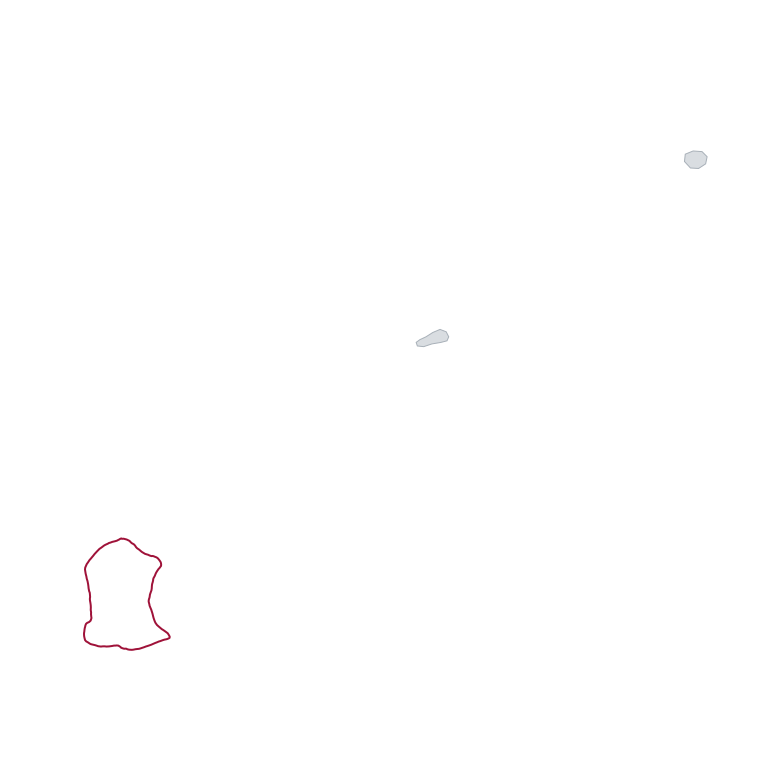 Faadhippolhu, Maldives (highlighted), rotated 230°
{"feature_id": "70690204B52357859866053", "entity_name": "Faadhippolhu", "entity_type": "district", "adm_level": 2, "iso_a3": "MDV", "parent_name": "Maldives", "parent_adm1": "", "projection": "orthographic", "projection_center": [73.502, 5.401], "detail": "fine", "context": "in_parent", "style": "outline", "palette": "rose", "viewbox_px": 768, "rotation_deg": 230, "n_neighbors": 0, "source": "geoboundaries", "source_scale": "gbopen_adm2", "svg_char_len": 2764}
<svg xmlns="http://www.w3.org/2000/svg" viewBox="0 0 768 768"><g transform="rotate(230 384 384)"><path d="M389.8,462.0L384.0,465.2L378.5,463.9L376.6,460.0L379.4,454.1L383.9,446.5L387.1,438.4L391.7,434.0L395.2,435.4L394.9,440.0L393.2,446.3L392.1,454.5L389.8,462.0ZM357.6,777.0L350.4,777.6L345.9,771.9L346.9,763.5L352.5,757.6L361.3,757.2L366.4,762.5L363.8,770.6L357.6,777.0Z" fill="#d9dde1" stroke="#a8b0b8" stroke-width="1"/><path d="M393.8,98.7L395.9,98.7L397.4,98.3L398.8,97.5L400.2,96.8L401.0,96.2L401.5,95.4L402.3,94.8L403.5,94.1L404.7,93.6L406.2,92.6L407.4,91.8L409.4,91.1L411.2,90.5L413.1,90.2L414.8,89.9L416.8,89.3L418.5,89.2L419.9,89.4L421.6,89.4L422.9,89.0L424.1,88.5L425.4,88.3L427.4,88.2L428.5,87.7L429.7,87.2L430.6,86.7L431.7,85.9L432.7,85.2L433.3,84.5L433.9,83.7L434.6,83.4L435.0,82.1L435.1,81.1L435.4,80.0L435.6,78.9L436.3,77.2L437.0,75.8L437.7,74.4L438.4,72.4L439.0,71.1L439.2,69.7L439.7,68.0L440.0,66.8L440.2,65.6L440.3,63.4L440.4,61.9L440.6,60.0L440.4,58.1L440.3,57.0L440.0,54.6L439.8,53.0L439.3,50.7L439.0,48.9L438.7,47.3L438.4,45.2L437.6,42.5L437.1,40.5L436.2,38.7L435.4,37.1L434.1,35.7L432.6,34.8L430.4,33.5L427.9,32.3L426.0,31.2L423.6,30.2L420.9,28.7L419.0,27.5L417.4,26.4L414.9,25.0L413.2,24.4L411.6,23.3L409.8,22.0L408.4,20.5L407.0,19.5L405.9,18.9L404.4,18.0L403.0,17.1L401.4,15.9L399.4,14.1L397.3,12.8L396.0,11.6L394.1,10.3L392.8,9.5L392.1,8.5L391.3,7.1L391.2,5.3L391.4,4.4L391.8,3.2L391.8,1.7L391.4,0.8L391.0,0.1L390.2,-0.9L389.4,-2.1L388.0,-3.7L387.0,-4.7L386.0,-5.9L384.7,-7.0L383.4,-7.9L381.9,-8.7L380.0,-9.6L378.3,-9.6L376.5,-8.9L375.1,-8.5L373.5,-8.0L372.2,-7.1L369.8,-5.3L368.1,-4.2L367.0,-3.6L365.9,-2.6L364.8,-1.6L364.1,-0.5L363.3,0.6L362.6,1.4L361.3,2.6L360.1,4.2L359.4,5.2L358.6,6.5L358.2,7.1L357.1,9.1L356.2,10.2L355.6,11.1L354.4,12.3L353.9,12.5L352.0,13.1L351.0,13.1L349.7,13.8L348.2,14.8L347.5,15.8L346.9,16.4L345.6,17.0L344.3,18.0L342.4,20.0L341.5,21.4L340.6,23.1L339.7,24.5L338.6,26.1L337.9,27.7L337.4,29.0L336.6,31.0L336.0,32.8L335.4,34.2L334.8,35.7L333.9,38.1L333.2,40.5L332.6,42.5L332.1,43.9L331.5,45.9L330.8,47.5L330.0,49.8L329.2,51.7L328.5,52.9L328.0,54.0L327.5,55.6L327.4,56.5L328.0,57.3L329.2,57.7L332.0,58.1L333.8,57.7L335.8,57.2L337.3,56.8L339.1,56.2L343.2,55.5L345.3,55.2L347.8,55.4L349.1,55.7L351.1,56.4L352.9,57.1L354.8,58.0L356.4,58.8L358.2,59.6L359.5,60.1L360.6,60.6L362.6,61.2L364.8,61.9L365.8,62.5L366.6,62.9L368.5,63.8L369.5,64.7L370.3,65.7L371.0,66.9L371.8,67.9L373.1,69.3L374.2,71.1L374.9,72.3L375.4,73.2L376.7,74.7L378.0,75.9L379.2,77.1L380.1,78.2L380.7,79.2L381.9,80.8L382.8,81.7L383.4,82.6L383.7,83.4L384.3,85.0L385.0,86.3L385.7,87.6L386.4,89.5L386.8,90.9L387.2,92.3L387.4,94.0L387.7,95.1L388.0,96.3L388.9,97.2L390.1,98.0L391.5,98.5L393.8,98.7Z" fill="none" stroke="#9f1239" stroke-width="2"/></g></svg>